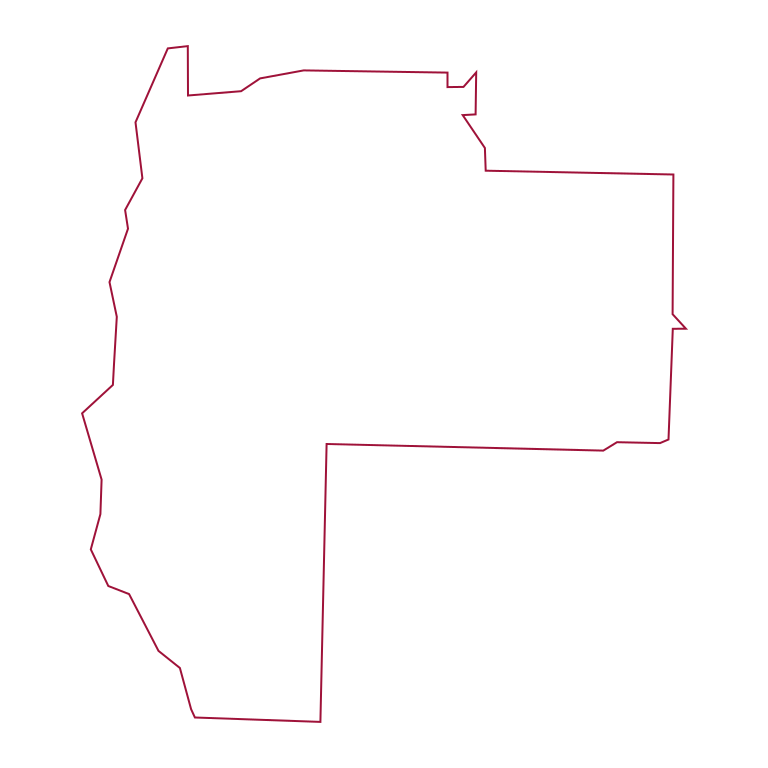 the district of Early, Georgia, United States of America
{"feature_id": "52423323B60189999590545", "entity_name": "Early", "entity_type": "district", "adm_level": 2, "iso_a3": "USA", "parent_name": "United States of America", "parent_adm1": "Georgia", "projection": "natural_earth1", "projection_center": [-84.929, 31.296], "detail": "fine", "context": "isolated", "style": "outline", "palette": "rose", "viewbox_px": 768, "rotation_deg": 0, "n_neighbors": 0, "source": "geoboundaries", "source_scale": "gbopen_adm2", "svg_char_len": 631}
<svg xmlns="http://www.w3.org/2000/svg" viewBox="0 0 768 768"><path d="M114.0,364.3L112.9,384.9L82.1,413.3L101.6,479.6L100.4,514.1L90.8,549.4L108.3,586.0L129.1,594.1L158.5,650.9L179.9,668.0L191.1,709.2L194.9,717.5L320.4,721.9L326.6,444.0L603.3,450.6L617.0,442.2L660.0,443.1L668.5,439.5L672.8,328.8L685.9,328.7L672.6,314.2L673.4,174.5L485.7,170.7L484.9,148.0L462.7,115.1L475.6,114.4L476.2,72.4L463.5,86.9L447.5,87.1L447.5,72.6L303.7,70.4L260.1,78.4L241.1,91.2L188.0,95.5L187.8,46.1L167.8,48.4L135.5,122.3L142.4,178.3L125.1,210.0L128.0,228.7L109.5,282.1L116.8,316.8L114.0,364.3Z" fill="none" stroke="#9f1239" stroke-width="2"/></svg>